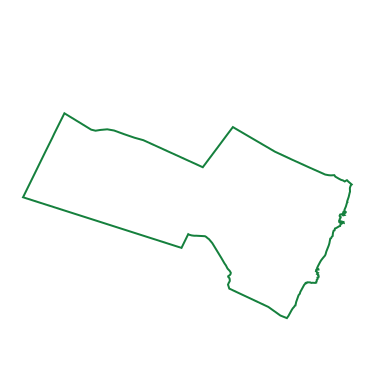 the district of Lotofaga, Atua, Samoa, rotated 295°
{"feature_id": "51752279B14441590630946", "entity_name": "Lotofaga", "entity_type": "district", "adm_level": 2, "iso_a3": "WSM", "parent_name": "Samoa", "parent_adm1": "Atua", "projection": "natural_earth1", "projection_center": [-171.572, -14.0], "detail": "fine", "context": "isolated", "style": "outline", "palette": "green", "viewbox_px": 384, "rotation_deg": 295, "n_neighbors": 0, "source": "geoboundaries", "source_scale": "gbopen_adm2", "svg_char_len": 2195}
<svg xmlns="http://www.w3.org/2000/svg" viewBox="0 0 384 384"><g transform="rotate(295 192 192)"><path d="M117.8,331.3L120.6,331.8L126.9,332.2L129.2,332.5L130.7,333.0L132.6,333.3L132.9,333.7L136.3,332.9L143.5,332.2L145.4,332.7L147.2,332.4L151.9,332.7L155.2,332.9L156.9,333.4L157.6,334.1L157.9,333.7L159.1,335.0L159.6,336.5L160.0,337.1L160.0,338.5L160.5,339.2L161.8,342.3L162.4,342.9L163.2,342.5L164.1,342.7L164.9,342.2L166.3,342.6L167.4,341.9L168.1,342.7L169.3,342.4L169.6,341.6L170.2,341.5L170.5,340.0L171.9,340.4L172.0,339.2L172.6,338.5L172.6,337.8L174.0,337.5L175.2,339.4L175.5,339.2L175.9,337.5L178.3,337.5L182.6,337.7L184.6,337.9L187.3,338.5L190.6,339.4L191.9,339.4L194.8,338.9L201.5,338.5L203.5,338.2L208.2,337.0L208.8,337.6L210.4,337.6L211.7,338.1L212.5,337.7L214.7,337.0L216.8,336.7L217.5,337.4L219.3,337.0L220.4,338.0L223.2,339.9L223.8,340.6L224.9,340.3L226.6,340.8L227.2,341.5L228.1,341.6L228.2,342.5L228.9,342.0L228.2,340.8L228.6,340.3L228.3,339.3L227.0,340.4L226.5,339.8L227.1,338.0L228.4,337.4L229.3,337.6L229.8,337.3L230.7,337.6L231.4,337.2L232.1,337.4L232.4,336.2L232.9,335.8L234.2,335.8L235.0,336.8L234.7,338.9L235.6,340.0L236.5,337.8L237.6,337.7L237.5,339.0L237.9,339.8L238.8,339.9L239.1,339.0L238.9,338.1L240.5,337.7L243.9,337.6L247.7,337.0L248.5,337.2L249.0,336.6L253.7,336.1L258.0,335.2L259.0,335.1L262.1,333.5L262.9,333.3L265.1,333.1L266.3,333.6L267.6,328.9L268.2,327.6L268.0,327.2L266.1,326.0L266.3,323.7L266.0,322.2L266.1,319.7L266.5,315.4L267.4,313.9L265.8,310.9L265.0,308.8L264.1,305.3L263.8,288.0L263.6,269.2L263.6,250.1L268.1,201.6L258.7,199.6L246.1,197.0L219.0,191.3L218.4,126.0L216.9,117.0L215.7,105.9L214.8,95.4L213.0,88.7L209.5,82.7L206.8,78.7L205.9,74.3L209.4,43.1L186.6,42.5L182.2,42.5L166.7,42.1L139.9,41.6L115.8,41.1L125.4,116.0L136.9,206.1L152.2,206.4L152.1,207.5L152.5,210.0L153.3,212.5L154.4,214.9L157.4,222.4L157.3,223.8L156.7,225.8L156.5,227.1L154.3,231.9L144.6,246.5L140.9,251.8L139.9,253.6L137.6,256.6L136.4,259.6L135.2,261.3L134.1,261.6L133.0,261.5L130.9,260.4L130.4,260.7L129.6,262.5L128.1,263.5L127.0,263.9L125.3,263.7L123.2,263.8L122.3,264.7L120.2,266.6L120.1,309.8L117.4,324.3L117.8,331.3Z" fill="none" stroke="#15803d" stroke-width="2"/></g></svg>